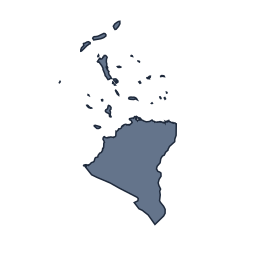 Alluhayah, Al Hudaydah, Yemen (orthographic projection), rotated 60°
{"feature_id": "15242507B84016376764538", "entity_name": "Alluhayah", "entity_type": "district", "adm_level": 2, "iso_a3": "YEM", "parent_name": "Yemen", "parent_adm1": "Al Hudaydah", "projection": "orthographic", "projection_center": [42.589, 15.671], "detail": "fine", "context": "isolated", "style": "filled", "palette": "slate", "viewbox_px": 256, "rotation_deg": 60, "n_neighbors": 0, "source": "geoboundaries", "source_scale": "gbopen_adm2", "svg_char_len": 5852}
<svg xmlns="http://www.w3.org/2000/svg" viewBox="0 0 256 256"><g transform="rotate(60 128 128)"><path d="M148.5,84.1L147.9,84.7L147.2,84.7L146.5,85.7L146.5,86.2L146.2,86.2L145.9,86.7L145.6,86.6L145.6,87.0L144.5,88.0L143.9,88.2L143.2,89.0L142.9,88.9L142.4,89.9L142.5,90.3L142.3,90.0L142.3,90.3L142.1,90.2L142.3,90.6L141.8,90.7L141.9,91.0L141.5,91.3L141.8,91.9L141.3,92.2L142.1,92.2L141.4,92.4L141.8,92.7L141.6,93.1L142.1,93.4L141.7,93.4L141.9,93.7L141.1,94.8L140.8,94.5L139.8,95.9L139.4,96.0L139.2,96.6L139.0,96.4L138.7,96.7L138.2,97.7L138.3,98.3L137.6,99.0L137.7,99.7L136.3,101.5L136.3,101.9L135.8,101.8L135.2,102.1L134.6,102.9L133.1,103.2L133.1,106.2L131.8,109.1L129.6,111.0L129.0,111.2L128.5,111.8L127.8,112.0L126.5,114.8L126.2,115.8L126.5,116.2L125.9,116.2L124.7,116.9L124.2,116.2L123.8,116.5L123.5,115.1L122.9,115.0L122.7,115.3L122.6,114.7L122.3,115.0L122.1,115.0L122.1,115.5L121.4,116.6L122.3,118.5L121.6,119.1L120.7,122.0L121.0,122.4L122.1,122.3L122.8,121.6L123.4,121.5L125.4,121.7L126.1,124.6L125.8,124.9L126.0,125.6L124.8,125.7L125.6,125.8L124.9,126.9L124.9,127.3L124.5,127.2L123.9,127.9L124.2,128.1L123.9,128.0L123.6,128.3L123.3,129.2L123.2,130.2L123.7,130.8L123.7,131.1L123.3,131.0L123.2,131.7L123.8,133.0L124.4,133.3L124.8,134.6L124.3,136.3L124.1,136.5L123.7,136.0L125.0,137.7L124.9,138.2L125.5,139.9L125.0,140.1L128.4,142.3L129.0,143.0L129.0,145.0L128.7,144.9L128.4,145.9L127.1,147.4L126.8,149.0L126.5,149.0L126.4,150.0L126.1,150.0L126.1,151.1L124.6,152.7L123.8,152.6L123.6,153.5L124.2,154.5L125.2,155.3L127.1,155.3L128.7,155.6L128.9,156.4L132.6,158.8L133.2,159.6L132.9,159.8L133.0,160.0L133.3,159.8L133.9,160.9L134.9,161.4L135.1,162.3L135.7,163.0L135.8,164.3L135.6,165.0L136.7,167.5L138.0,168.7L137.4,170.9L137.7,171.7L139.8,173.9L140.1,174.7L139.7,177.1L140.3,178.9L140.3,180.1L140.8,180.8L140.5,181.2L140.1,180.8L139.5,182.1L138.8,182.6L138.6,183.4L138.4,183.5L138.1,185.0L138.4,185.3L138.8,185.1L139.4,183.9L140.1,183.2L140.6,183.6L140.6,184.3L150.3,182.9L155.2,179.6L166.6,171.0L175.9,165.5L192.5,154.8L194.2,154.4L196.0,155.9L195.7,159.9L203.4,158.9L206.4,156.8L213.4,154.0L225.0,152.9L222.0,141.1L220.4,138.5L217.0,136.5L213.7,136.3L208.5,137.1L206.7,137.0L202.0,133.5L198.5,132.1L197.2,130.3L193.2,130.0L190.6,129.3L188.0,126.7L186.3,123.5L183.5,122.0L182.0,122.6L180.5,123.8L179.8,123.9L179.2,123.7L177.9,123.9L176.9,123.1L175.7,121.9L174.2,117.6L170.9,114.9L169.5,112.3L169.6,110.1L167.8,107.6L167.2,104.5L166.5,104.0L164.7,101.3L163.2,94.4L161.0,93.0L158.4,90.0L148.5,84.1ZM55.8,110.7L54.0,111.1L53.3,112.4L54.3,113.6L54.4,114.0L54.1,114.2L55.0,115.6L55.0,116.4L54.4,117.5L53.9,117.2L53.4,117.6L55.2,121.3L56.1,121.0L56.4,120.1L61.2,119.6L63.8,119.8L64.8,120.4L69.5,121.0L71.3,121.6L72.5,121.3L76.1,121.1L76.4,119.8L76.2,119.0L76.8,117.6L74.7,117.4L72.3,117.8L69.9,117.0L69.6,116.3L67.4,116.8L64.6,116.5L64.2,116.2L64.5,115.7L65.6,115.9L66.1,116.3L66.4,116.1L65.7,115.8L65.4,115.3L63.3,115.3L61.9,114.3L60.0,113.8L57.4,112.1L56.5,110.8L55.8,110.7ZM34.6,113.7L37.1,106.9L37.6,103.8L37.3,101.2L36.3,100.5L34.8,100.7L34.0,101.6L33.5,107.9L32.8,110.0L32.0,111.6L32.0,112.6L32.6,113.7L34.6,113.7ZM103.2,133.4L101.7,132.4L99.7,132.7L98.7,133.5L98.9,134.1L100.7,135.7L101.2,136.8L101.2,138.3L101.9,139.1L102.6,139.2L103.7,138.9L104.9,138.0L106.6,137.2L107.9,137.6L108.2,138.1L109.3,138.0L110.3,136.8L109.6,137.1L108.1,136.9L106.7,136.3L106.3,135.7L105.1,135.1L104.0,135.1L103.5,134.6L103.2,133.4ZM36.1,118.7L35.2,118.1L34.9,118.2L33.5,119.1L33.0,120.5L33.0,122.9L32.6,124.0L32.6,124.4L34.4,125.0L35.3,128.2L36.8,129.9L37.9,130.5L38.1,129.8L37.0,125.3L36.7,124.9L36.6,123.8L36.2,122.9L36.2,121.4L35.8,120.3L36.1,118.7ZM36.2,90.0L36.5,88.9L35.3,85.5L33.7,82.9L31.5,81.7L31.0,83.0L31.0,84.8L31.3,87.4L32.5,89.8L34.5,90.1L36.2,90.0ZM103.4,112.6L104.4,111.5L106.2,108.8L106.6,106.9L108.1,105.9L106.6,105.9L105.2,106.6L104.2,107.5L103.9,108.3L102.6,110.1L102.1,111.6L102.5,112.5L103.4,112.6ZM109.5,156.3L112.8,155.2L113.5,154.2L113.8,153.5L113.8,151.5L113.0,151.4L109.3,155.0L109.0,156.0L109.5,156.3ZM80.1,116.4L81.1,116.0L81.4,115.4L81.1,114.3L79.9,113.7L79.1,114.4L78.3,116.3L80.1,116.4ZM94.4,119.3L91.1,119.3L90.1,119.7L89.6,119.5L89.1,119.8L89.3,120.1L90.3,120.2L93.3,120.3L95.0,119.7L94.4,119.3ZM92.2,150.5L92.5,149.5L92.8,149.3L92.9,149.1L93.0,148.8L92.8,149.3L92.4,149.5L91.0,150.8L88.5,151.4L87.8,151.9L87.7,152.4L88.7,152.4L90.6,151.9L92.2,150.5ZM71.0,105.7L71.8,103.9L71.7,103.7L70.2,104.6L69.5,106.5L70.3,106.4L71.0,105.7ZM99.8,74.0L100.5,72.2L101.7,70.8L101.1,70.7L100.5,71.1L99.4,72.6L99.4,73.8L99.8,74.0ZM82.7,116.1L83.4,115.5L83.2,114.8L83.3,114.2L82.9,113.9L82.2,114.5L81.9,115.7L82.2,116.1L82.7,116.1ZM93.5,95.6L95.3,95.3L95.3,94.4L93.5,94.4L93.5,95.6ZM95.8,85.2L94.3,85.4L93.9,86.4L94.5,86.6L95.0,86.3L95.8,85.2ZM95.5,84.3L95.1,83.3L94.3,82.7L93.9,83.5L94.0,84.2L95.5,84.3ZM91.8,136.5L91.0,135.8L90.4,136.0L90.3,136.8L91.3,137.1L91.8,136.5ZM120.0,80.8L119.9,81.4L120.2,81.6L121.6,81.6L121.5,80.9L120.0,80.8ZM119.0,84.7L118.7,84.5L117.2,84.5L117.0,84.9L117.9,85.2L118.8,84.9L119.0,85.5L119.0,84.7ZM84.5,117.4L83.4,117.6L82.9,118.0L83.9,118.3L84.2,118.1L84.5,117.4ZM68.3,88.3L67.6,88.2L66.8,88.8L66.8,89.1L67.2,89.4L68.3,88.3ZM82.1,118.5L81.3,117.9L80.6,118.2L81.7,119.0L82.1,118.5ZM51.0,117.2L50.0,117.0L50.7,118.3L51.3,118.3L51.0,117.2ZM75.3,85.9L76.5,85.1L76.1,84.8L75.6,85.1L75.0,85.8L75.3,85.9ZM79.6,145.5L79.1,145.9L79.5,146.2L80.4,145.6L79.6,145.5ZM125.5,113.2L125.3,113.2L125.1,113.5L124.4,113.5L124.3,113.9L125.8,113.9L125.3,113.4L125.5,113.2ZM127.1,112.2L125.5,112.5L125.2,112.7L125.1,112.9L125.1,113.1L125.4,112.6L126.4,112.9L127.1,112.2ZM118.8,95.1L118.8,94.5L118.2,94.6L118.4,95.4L118.8,95.1ZM54.1,163.6L53.7,163.6L54.8,165.4L54.1,163.6ZM117.1,76.6L116.6,76.5L116.2,76.8L117.0,77.1L117.1,76.6ZM82.6,113.4L82.3,113.2L81.8,113.3L82.3,113.6L82.6,113.4Z" fill="#64748b" stroke="#1e293b" stroke-width="1.5"/></g></svg>